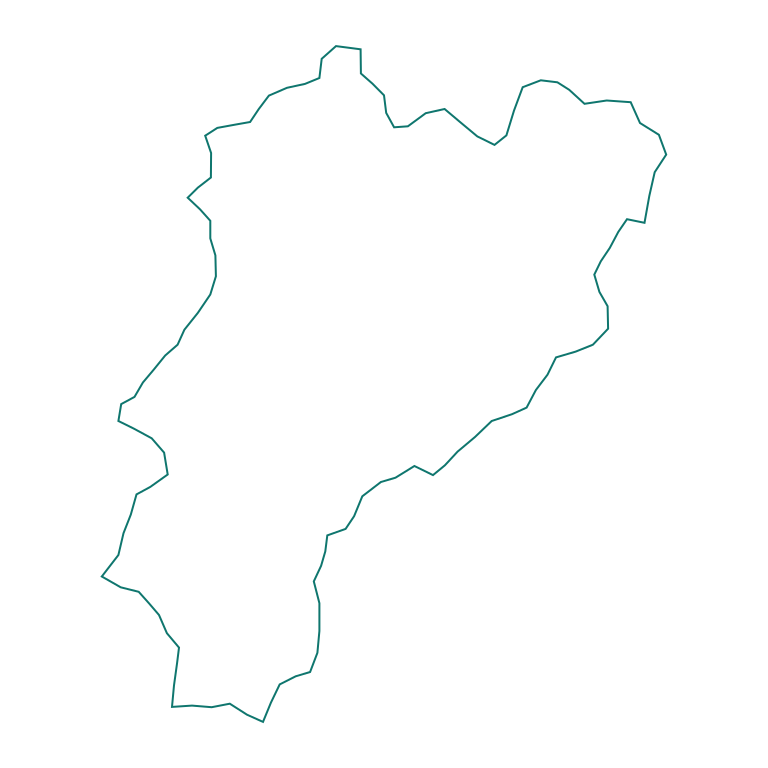 Guarará, Minas Gerais, Brazil
{"feature_id": "56859067B45812965390443", "entity_name": "Guarará", "entity_type": "district", "adm_level": 2, "iso_a3": "BRA", "parent_name": "Brazil", "parent_adm1": "Minas Gerais", "projection": "robinson", "projection_center": [-43.024, -21.763], "detail": "fine", "context": "isolated", "style": "outline", "palette": "teal", "viewbox_px": 768, "rotation_deg": 0, "n_neighbors": 0, "source": "geoboundaries", "source_scale": "gbopen_adm2", "svg_char_len": 1541}
<svg xmlns="http://www.w3.org/2000/svg" viewBox="0 0 768 768"><path d="M101.8,576.5L120.7,587.3L138.7,591.8L148.9,603.2L159.0,615.0L166.9,633.2L179.0,647.6L177.1,662.9L174.0,685.4L172.0,706.9L192.0,705.6L211.7,707.2L229.8,703.7L247.0,714.7L263.0,721.9L270.9,702.7L279.7,684.4L295.7,676.3L310.1,672.0L317.4,652.8L319.4,631.0L319.4,603.2L313.8,581.4L321.1,565.8L325.3,551.4L327.3,535.4L345.6,528.9L354.1,516.2L362.3,496.3L380.9,482.0L395.5,477.7L414.4,466.0L433.0,475.1L444.9,465.3L457.6,451.6L475.0,437.0L491.7,421.0L512.0,414.2L526.6,407.6L535.9,390.0L547.5,374.7L556.0,357.4L575.7,351.6L592.9,344.7L608.1,328.7L607.6,306.2L599.4,291.9L594.3,274.6L600.8,261.3L609.8,247.9L618.3,231.9L627.0,219.2L644.5,222.8L649.3,196.0L654.7,172.2L666.2,154.6L658.9,134.8L640.0,123.0L630.7,102.2L606.7,100.5L584.5,103.8L569.2,89.8L557.4,82.3L540.8,80.3L522.7,87.2L514.0,110.6L506.4,135.4L494.5,144.9L477.3,136.4L459.3,121.4L444.6,109.0L425.7,113.2L407.9,126.3L394.1,127.3L386.2,112.9L384.0,95.3L372.4,83.6L360.9,73.5L360.6,49.3L336.0,46.1L321.7,58.8L319.4,78.0L305.0,83.9L287.0,87.8L268.9,95.6L258.8,109.0L250.1,122.0L234.8,124.7L217.3,127.9L205.2,135.7L211.1,153.0L210.9,177.5L197.9,187.6L187.7,197.7L200.1,209.4L210.3,220.8L210.3,238.4L215.4,255.4L215.9,276.3L210.3,294.5L197.9,312.8L184.4,329.7L177.6,344.7L165.2,355.5L153.6,369.8L142.9,382.5L134.5,396.9L121.2,404.1L118.4,421.0L133.6,428.5L151.7,438.3L164.1,452.6L167.7,474.5L150.3,486.9L136.5,494.4L130.8,514.6L123.5,533.2L118.4,555.0L101.8,576.5Z" fill="none" stroke="#0f766e" stroke-width="2"/></svg>